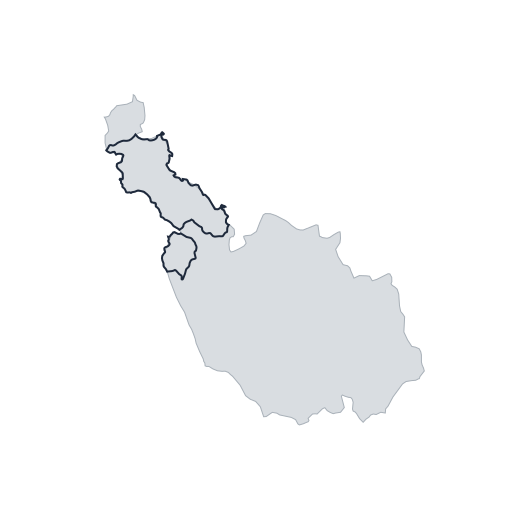 Tirol highlighted on a map of Austria, rotated 57°
{"feature_id": "AUT-2329", "entity_name": "Tirol", "entity_type": "State", "adm_level": 1, "iso_a3": "AUT", "parent_name": "Austria", "parent_adm1": "", "projection": "mercator", "projection_center": [11.6, 47.192], "detail": "fine", "context": "in_parent", "style": "outline", "palette": "slate", "viewbox_px": 512, "rotation_deg": 57, "n_neighbors": 0, "source": "natural_earth", "source_scale": "10m", "svg_char_len": 8475}
<svg xmlns="http://www.w3.org/2000/svg" viewBox="0 0 512 512"><g transform="rotate(57 256 256)"><path d="M54.1,291.0L58.4,281.5L59.3,275.6L55.5,272.2L53.9,271.1L55.3,270.4L60.6,271.0L64.1,269.0L65.9,267.1L70.6,268.9L77.7,272.6L81.0,275.1L82.3,277.0L83.1,278.6L82.7,281.4L84.3,282.5L87.6,282.9L89.8,283.7L89.0,287.4L88.9,290.4L91.9,289.9L95.8,287.6L98.7,283.5L100.6,279.5L102.0,269.8L102.5,269.0L104.8,269.8L114.1,269.3L118.5,271.1L125.5,271.4L125.3,273.0L126.6,275.4L129.6,278.8L131.2,281.0L134.4,281.4L139.4,280.2L142.3,278.9L143.4,279.8L148.0,278.9L152.0,276.2L153.0,274.0L157.1,272.6L162.6,269.1L170.2,266.5L195.0,263.6L196.0,261.5L195.6,256.6L196.3,255.9L199.4,257.1L204.4,258.2L208.3,260.0L210.8,262.2L213.1,262.3L216.7,260.8L221.6,259.7L226.1,262.1L227.4,264.6L226.6,265.9L226.7,268.0L228.1,269.7L231.8,272.5L236.5,274.9L239.0,274.8L239.9,272.4L240.7,266.8L241.1,260.8L240.0,257.4L237.4,256.6L234.4,256.3L232.8,255.6L233.3,253.7L235.8,248.8L235.7,242.3L230.2,234.8L225.5,227.6L225.5,225.1L228.4,220.9L232.8,217.4L242.6,211.8L245.6,210.6L249.6,209.6L255.3,207.3L258.1,204.9L259.9,202.3L262.6,188.6L263.2,188.1L264.0,187.3L274.0,192.0L274.9,191.2L276.6,190.4L279.8,186.8L280.6,184.1L280.5,178.9L280.8,174.0L281.4,172.4L282.9,173.0L287.2,175.5L290.6,178.4L293.8,185.6L301.3,187.5L310.7,187.7L314.1,184.5L317.1,183.8L320.6,184.7L327.9,185.9L328.7,180.0L332.9,174.0L334.8,171.8L340.1,172.0L341.4,167.5L342.8,154.9L343.9,153.5L347.8,153.8L351.6,156.1L352.8,157.9L354.8,157.8L357.6,156.5L360.7,155.7L365.6,157.0L376.0,162.8L381.4,164.9L384.8,164.5L388.0,164.5L400.3,173.4L408.9,174.6L416.7,174.6L419.2,172.0L422.6,169.7L426.1,170.0L429.1,171.2L435.0,175.0L437.8,176.0L441.4,176.6L444.1,177.5L446.4,184.1L447.8,185.9L447.5,186.7L447.2,189.7L445.2,193.5L443.0,198.5L443.1,202.8L448.8,217.9L453.8,227.0L454.8,230.5L458.1,233.1L455.0,236.5L454.4,241.5L452.4,243.7L451.8,246.5L452.7,249.1L452.7,252.3L453.8,256.7L448.8,257.7L443.0,257.5L440.9,257.8L438.9,259.0L436.9,258.4L431.6,254.2L428.6,253.3L426.4,253.6L424.9,255.4L422.1,257.7L419.6,259.3L420.1,260.8L431.2,264.5L433.1,270.2L431.0,274.9L430.3,277.1L427.7,278.9L424.5,280.5L420.7,280.9L420.3,283.4L421.8,290.8L420.5,292.4L419.3,294.7L420.5,300.7L422.8,301.2L423.4,302.5L422.9,305.0L422.5,307.6L421.7,310.3L421.3,311.6L419.7,312.3L414.8,311.9L410.6,314.3L402.2,322.7L399.2,324.1L396.0,327.5L396.2,334.9L395.8,335.6L395.0,337.1L384.9,334.5L384.5,334.5L377.8,335.5L373.1,338.8L367.5,340.8L355.7,339.7L344.3,341.1L341.5,342.0L338.6,342.6L335.8,344.6L334.2,347.3L331.3,350.8L327.3,353.6L322.9,355.7L321.8,357.5L320.4,358.5L317.9,357.2L315.9,357.2L313.5,356.3L305.4,355.3L296.5,353.7L292.3,352.1L287.4,350.9L282.3,349.9L277.6,349.7L275.3,349.2L264.2,346.5L256.8,346.3L247.2,345.2L227.9,341.1L222.3,339.4L216.9,338.9L210.6,337.5L205.8,335.1L202.7,330.7L199.4,324.8L193.4,317.1L192.1,313.3L194.0,309.9L195.9,307.3L195.6,306.2L194.2,305.7L183.6,309.0L173.3,313.2L169.3,313.3L165.3,312.3L160.1,312.3L155.1,313.4L145.1,314.0L139.3,317.0L135.5,323.0L133.5,327.8L131.8,329.4L128.3,330.0L123.1,329.5L119.4,328.1L115.7,324.0L109.9,323.4L104.6,323.3L103.2,322.6L103.3,319.9L101.2,314.8L97.7,313.3L88.7,322.8L86.2,323.6L79.0,321.0L72.7,316.9L72.0,313.9L71.0,311.5L65.7,309.2L59.0,307.6L56.9,307.6L57.7,306.2L58.5,303.7L58.0,301.8L56.5,299.8L55.6,297.6L55.4,295.6L54.9,293.8L54.6,292.2L54.1,291.0Z" fill="#d9dde1" stroke="#a8b0b8" stroke-width="1"/><path d="M86.2,324.0L85.8,324.0L85.8,323.9L85.8,323.7L84.8,321.2L83.6,319.2L83.5,318.5L83.6,317.8L84.3,316.9L85.0,316.4L85.6,315.6L85.9,314.6L86.0,313.2L86.0,312.4L85.8,311.3L85.8,310.4L85.9,309.2L86.5,306.1L87.0,304.6L89.1,301.5L89.9,299.5L90.0,297.4L90.0,296.6L89.3,293.1L88.4,290.9L91.9,290.4L93.0,290.0L95.4,288.5L96.4,287.6L97.4,286.3L98.6,283.9L98.9,283.4L99.4,283.1L100.5,282.7L101.0,282.4L101.9,281.2L102.6,279.6L103.1,277.8L103.1,276.2L102.9,275.2L102.6,274.5L102.2,274.0L101.4,273.6L102.0,270.5L102.0,269.7L101.7,268.8L101.2,268.0L101.1,267.3L101.9,267.0L102.8,266.8L103.2,266.7L103.4,266.8L103.6,267.5L103.6,267.9L103.3,268.2L103.1,268.7L103.2,269.4L103.5,269.8L103.9,270.1L104.8,270.5L107.0,270.8L107.6,270.7L108.3,270.1L109.4,268.6L110.1,268.1L111.4,268.1L118.4,270.8L118.6,271.0L118.8,271.5L119.0,271.8L119.5,272.0L121.1,271.8L123.2,270.8L124.0,270.6L124.7,270.6L125.3,270.9L126.5,271.9L126.0,272.4L124.3,273.6L124.7,274.2L127.4,275.5L130.1,278.3L130.2,278.7L130.2,279.2L130.1,279.8L129.9,280.1L130.4,281.2L131.1,281.6L136.6,281.7L137.7,281.4L141.1,279.0L142.5,278.6L143.6,279.1L143.5,281.2L144.7,281.3L145.9,280.8L146.7,280.0L147.4,279.1L148.4,278.1L149.4,277.8L151.7,277.7L152.5,277.4L153.0,276.6L152.8,276.0L152.2,275.6L151.6,275.4L154.1,272.6L155.3,272.3L156.6,272.5L157.8,272.8L160.3,272.4L161.4,272.0L162.4,270.9L162.6,270.2L163.1,268.3L163.4,267.5L164.9,266.2L165.1,266.0L166.1,266.0L168.4,266.5L172.7,266.5L175.7,267.1L176.2,266.9L176.7,265.6L177.3,265.2L181.8,264.3L194.0,264.9L194.4,264.8L195.9,262.8L196.1,262.3L196.2,261.6L196.1,259.5L195.9,259.1L195.7,258.9L195.2,258.4L194.8,257.9L194.7,257.5L194.6,256.9L195.4,256.5L196.7,255.4L197.1,255.2L197.9,254.8L198.0,254.8L197.9,255.1L197.7,256.0L197.5,256.6L197.2,257.1L197.0,257.6L197.3,258.5L197.8,259.0L198.4,258.9L199.6,258.3L200.8,258.1L203.8,258.8L204.7,258.6L206.8,257.8L207.7,258.0L207.9,258.4L208.5,260.1L208.8,260.8L209.2,261.3L210.8,262.5L211.5,262.9L212.6,262.9L213.7,262.7L214.6,262.3L215.1,261.9L216.4,264.3L217.5,265.3L219.4,266.6L219.9,267.1L220.1,267.5L220.0,267.8L219.8,268.5L219.8,269.1L220.0,270.0L221.1,272.6L221.2,273.1L221.1,273.4L220.8,274.0L220.4,274.6L219.4,276.0L218.9,276.9L217.7,279.3L217.4,279.9L216.9,280.4L216.5,280.8L215.9,281.2L215.3,281.4L212.7,281.7L212.2,281.8L211.8,282.0L211.5,282.4L211.1,283.1L210.6,284.6L210.1,285.4L209.4,286.1L208.8,286.4L207.7,286.8L206.0,287.1L205.2,287.0L204.5,286.8L203.3,286.1L202.7,286.0L201.9,286.1L200.1,287.3L194.1,289.4L192.5,289.3L191.8,289.5L190.3,290.3L190.4,291.8L189.7,294.9L189.5,296.1L189.5,297.5L189.7,298.3L189.9,299.2L190.3,299.7L191.1,300.4L191.5,300.8L192.0,301.9L192.2,302.7L192.3,305.6L192.3,305.9L192.3,306.0L191.4,306.1L186.0,308.9L182.2,309.1L179.9,309.9L177.6,311.1L175.8,312.6L173.4,313.0L172.8,313.4L171.8,314.2L171.1,314.4L170.1,314.0L168.4,312.7L167.4,312.6L167.0,312.7L166.6,312.6L163.8,312.0L162.5,312.2L161.0,312.6L160.5,312.9L160.0,313.0L159.5,312.9L159.1,312.6L158.8,312.2L158.5,312.0L158.1,311.8L157.2,311.5L156.7,311.7L156.2,312.0L155.8,312.6L154.0,314.4L152.4,314.3L150.7,313.5L148.8,313.1L145.1,313.7L141.4,314.9L140.5,315.5L137.1,318.9L136.6,319.8L136.1,322.6L135.1,325.0L135.0,325.3L135.1,326.1L135.0,326.4L134.8,326.7L134.2,327.0L133.9,327.2L132.8,329.2L132.0,330.0L131.3,330.1L130.4,329.8L128.5,329.6L127.6,329.7L125.8,330.3L125.3,330.4L124.8,330.2L123.9,329.4L123.4,329.1L122.8,329.1L121.8,329.4L121.3,329.4L119.8,328.5L119.2,328.3L118.1,328.7L117.5,328.6L117.2,328.0L117.4,327.6L118.6,326.6L118.9,326.1L118.3,325.3L114.3,322.9L113.5,322.7L112.5,322.8L107.1,324.3L104.9,324.0L103.2,322.6L103.1,321.0L103.8,318.3L103.5,317.0L103.0,316.4L101.2,315.0L100.1,313.2L99.5,312.6L99.3,312.4L99.0,312.4L98.7,312.4L97.1,313.3L95.8,314.9L94.9,316.6L94.8,318.1L93.5,318.1L92.5,317.9L91.6,318.0L90.8,319.4L90.6,320.4L90.5,321.0L90.4,321.6L89.8,322.4L87.5,323.6L86.2,324.0ZM210.1,337.2L208.8,337.0L206.7,336.1L204.8,334.5L203.8,332.0L203.4,330.3L202.5,329.7L201.4,329.6L200.3,329.1L199.8,328.8L199.5,328.5L199.3,328.0L199.3,327.0L199.5,326.1L199.7,325.5L199.8,325.0L199.8,324.0L199.3,322.3L198.5,321.7L196.3,321.7L195.5,321.4L195.2,321.0L194.9,320.5L194.3,319.9L193.7,319.6L192.5,319.4L191.9,319.2L192.7,318.4L192.7,317.7L192.3,316.9L192.0,316.1L191.7,314.3L191.4,313.4L191.1,312.6L191.6,311.3L194.9,309.5L196.0,307.9L196.0,306.9L197.5,306.1L202.2,303.9L205.3,300.9L206.2,300.5L207.3,300.3L208.6,300.3L210.4,300.0L211.8,300.0L213.4,300.5L214.8,300.6L215.8,300.9L216.7,301.4L218.8,303.4L218.9,304.9L219.4,305.5L220.1,306.0L224.7,307.6L225.1,308.2L225.0,309.0L224.4,310.6L224.2,311.2L224.2,311.8L224.1,312.1L224.2,312.5L224.4,313.2L224.7,313.9L225.2,314.6L225.7,315.4L226.8,316.4L227.3,316.8L228.0,317.6L228.4,318.4L228.6,319.4L228.8,320.5L229.1,321.7L229.7,322.5L232.1,325.1L235.3,329.5L235.6,330.1L235.6,330.4L235.5,330.6L235.4,330.8L235.1,331.0L234.7,330.9L232.8,329.5L232.2,329.3L231.6,329.3L229.4,330.3L224.7,331.0L223.6,331.6L223.4,332.9L223.2,333.8L222.8,334.9L221.0,338.4L220.8,339.0L220.7,339.0L218.1,338.7L215.0,339.1L214.2,339.0L213.3,338.6L211.7,337.5L210.1,337.2Z" fill="none" stroke="#1e293b" stroke-width="2"/></g></svg>